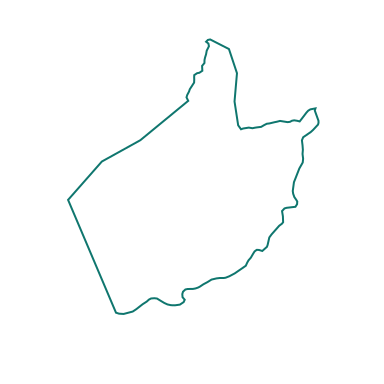 the district of Guadalupe, Piauí, Brazil, rotated 128°
{"feature_id": "56859067B67067053626409", "entity_name": "Guadalupe", "entity_type": "district", "adm_level": 2, "iso_a3": "BRA", "parent_name": "Brazil", "parent_adm1": "Piauí", "projection": "orthographic", "projection_center": [-43.76, -6.842], "detail": "fine", "context": "isolated", "style": "outline", "palette": "teal", "viewbox_px": 384, "rotation_deg": 128, "n_neighbors": 0, "source": "geoboundaries", "source_scale": "gbopen_adm2", "svg_char_len": 1771}
<svg xmlns="http://www.w3.org/2000/svg" viewBox="0 0 384 384"><g transform="rotate(128 192 192)"><path d="M50.1,146.2L54.0,149.6L56.4,150.5L59.0,150.7L66.7,150.6L70.1,150.6L71.1,152.9L72.6,155.6L74.3,157.1L76.4,158.0L78.1,159.7L81.8,166.4L84.4,168.4L86.4,170.1L90.3,173.2L92.2,175.1L94.8,176.3L98.1,177.6L101.2,180.7L102.7,182.1L104.5,183.6L106.3,186.9L110.5,190.8L112.4,192.0L111.0,196.7L94.5,214.2L70.7,229.7L56.6,250.9L60.6,271.6L62.4,273.1L64.9,273.4L64.9,270.5L66.7,268.4L71.6,267.4L74.8,265.7L78.0,264.5L80.3,263.4L82.7,261.6L86.4,261.7L90.1,258.5L93.5,259.6L95.2,261.1L98.5,262.2L100.3,260.9L102.1,259.4L104.5,257.7L112.4,257.0L114.6,256.2L118.5,255.5L120.8,254.6L122.5,251.1L125.6,251.8L183.0,264.6L221.6,281.0L223.5,281.8L274.5,284.8L333.9,177.6L332.8,174.6L330.2,170.8L322.7,165.1L318.8,163.8L310.8,161.8L306.2,160.2L303.3,159.7L301.1,158.7L298.9,156.3L297.5,154.0L297.0,149.5L296.5,145.5L295.7,142.1L294.1,138.8L291.8,135.7L288.2,132.2L283.9,130.8L281.4,131.4L280.7,134.7L278.4,136.8L276.1,137.7L272.9,137.2L271.1,135.7L267.8,131.6L265.9,129.9L263.6,128.4L261.9,127.6L257.7,126.2L253.4,124.3L249.0,122.7L245.0,119.5L242.5,117.0L240.2,114.0L238.8,112.7L235.4,110.7L229.8,108.2L225.0,106.7L217.0,104.2L213.7,105.0L211.1,105.4L207.5,105.2L203.2,105.8L200.3,106.1L197.8,105.4L196.5,103.7L195.2,100.3L189.1,99.2L187.2,99.8L180.2,103.1L176.4,103.2L164.9,102.5L161.6,101.6L159.7,101.6L155.2,105.4L151.6,109.3L148.0,109.0L146.2,107.7L140.0,101.4L136.9,101.7L134.7,103.2L134.0,105.0L133.0,108.2L131.1,111.2L129.2,113.2L121.5,117.7L117.4,118.9L107.4,121.9L100.6,122.9L97.4,124.9L94.0,128.3L90.5,130.6L87.1,133.7L83.6,137.2L80.4,138.1L71.5,135.3L68.5,134.8L61.3,134.2L59.6,134.9L58.0,136.2L52.2,145.4L50.1,146.2Z" fill="none" stroke="#0f766e" stroke-width="2"/></g></svg>